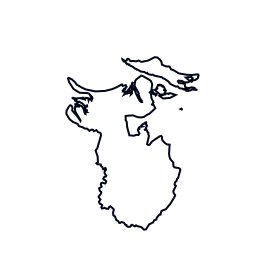 outline of Mong Cai, Vietnam, rotated 214°
{"feature_id": "81297802B69562638547328", "entity_name": "Mong Cai", "entity_type": "district", "adm_level": 2, "iso_a3": "VNM", "parent_name": "Vietnam", "parent_adm1": "", "projection": "natural_earth1", "projection_center": [107.918, 21.499], "detail": "fine", "context": "isolated", "style": "outline", "palette": "ink", "viewbox_px": 256, "rotation_deg": 214, "n_neighbors": 0, "source": "geoboundaries", "source_scale": "gbopen_adm2", "svg_char_len": 5998}
<svg xmlns="http://www.w3.org/2000/svg" viewBox="0 0 256 256"><g transform="rotate(214 128 128)"><path d="M84.2,137.5L86.2,136.3L89.1,136.2L92.5,137.0L93.9,138.1L94.6,139.5L95.9,140.0L97.0,139.0L99.7,132.4L100.6,129.9L100.7,126.2L101.7,125.2L103.2,125.3L106.2,133.1L107.9,134.4L108.3,135.4L109.4,135.5L112.0,137.1L113.4,135.2L112.6,137.7L113.1,138.2L113.5,137.6L113.2,138.9L113.6,140.5L114.8,141.2L115.3,140.9L116.3,141.4L115.9,143.7L118.4,138.1L118.2,137.0L116.9,137.3L117.7,136.4L118.4,136.4L119.3,134.4L118.9,133.6L117.2,133.9L118.8,133.2L119.0,132.3L118.0,131.2L115.4,129.8L115.4,128.1L117.2,127.0L118.9,124.8L122.8,122.7L129.3,128.4L132.4,132.3L134.4,133.3L136.7,136.7L131.1,141.2L126.1,142.4L123.1,144.0L120.9,146.2L119.5,149.8L118.3,151.6L116.6,158.4L116.5,159.8L120.3,161.7L120.9,161.2L121.3,160.0L121.2,163.6L125.2,165.8L129.2,170.4L130.3,168.9L129.2,171.4L132.4,177.8L135.2,179.7L137.3,179.9L144.9,179.3L146.3,178.8L148.3,173.0L148.3,171.0L146.2,166.7L138.5,162.7L138.2,162.0L135.0,159.5L131.6,158.2L130.8,157.4L131.4,156.9L132.8,156.9L134.9,157.8L140.3,160.8L144.7,164.0L144.6,163.0L145.3,162.8L146.6,164.2L146.3,161.9L144.0,159.1L144.3,157.7L145.0,159.6L146.3,160.8L146.7,159.2L145.7,157.5L147.2,158.6L147.7,156.3L148.3,155.8L148.5,157.6L149.8,155.6L149.5,154.5L149.9,153.6L150.2,156.7L152.2,155.6L153.2,155.9L153.2,158.5L152.4,159.6L152.2,161.4L153.9,162.3L155.9,159.9L157.5,160.7L160.3,155.2L162.9,151.3L167.8,145.9L175.5,140.1L184.5,136.4L188.6,135.7L194.7,135.3L197.8,136.4L201.8,136.9L205.0,136.5L205.5,135.6L202.5,133.1L195.0,129.9L187.9,130.1L181.6,134.0L179.8,134.7L175.4,133.8L175.0,133.5L175.8,133.2L174.1,132.6L173.5,130.3L173.8,130.3L174.2,131.3L175.5,131.3L175.3,130.9L176.9,130.4L176.9,129.8L176.2,129.2L176.1,128.8L177.6,130.3L178.2,130.4L179.9,129.3L179.5,127.7L182.0,128.2L182.9,127.4L181.6,126.9L184.7,125.8L186.5,124.4L186.6,123.7L190.4,122.4L191.3,121.4L189.4,122.1L187.5,121.3L187.9,122.4L187.3,122.6L185.0,121.2L184.4,121.5L184.2,120.6L183.3,122.5L179.2,122.8L175.6,121.8L174.7,123.9L173.9,124.2L174.7,123.3L174.8,122.6L174.3,122.5L175.5,121.3L172.8,119.2L171.3,120.2L172.0,119.2L173.4,119.0L172.6,118.0L171.5,118.0L172.5,117.4L171.1,115.9L171.6,115.8L173.1,117.1L172.7,116.7L173.0,116.7L175.6,119.1L178.6,120.2L183.7,119.4L185.0,118.2L183.8,117.3L181.2,118.7L179.7,118.6L181.3,118.1L183.7,116.1L182.8,114.3L180.7,112.0L171.6,107.8L171.4,107.3L176.8,109.4L184.1,111.3L185.3,113.8L187.0,114.8L188.1,114.8L188.6,114.6L189.0,112.6L188.6,107.9L187.0,105.2L182.0,102.9L180.3,102.5L176.8,102.3L171.9,103.2L169.8,102.1L165.8,103.3L163.8,103.3L161.5,104.6L158.3,104.1L157.5,106.0L156.7,106.7L155.9,106.9L154.6,106.2L153.0,108.6L150.6,107.8L148.7,108.4L147.6,108.2L146.3,106.9L142.1,94.1L142.3,91.2L137.2,87.4L133.8,82.8L134.5,81.1L133.2,80.8L130.2,82.5L129.0,81.4L127.3,81.2L125.6,79.9L124.8,80.3L124.6,82.1L123.8,82.1L122.9,81.0L123.1,79.2L122.3,77.5L119.3,76.3L119.3,75.2L120.3,74.4L120.2,72.2L119.5,71.7L117.7,72.0L116.3,71.7L115.8,70.2L116.0,69.1L118.7,68.3L119.4,67.2L118.9,65.9L117.0,64.6L118.3,61.9L116.2,60.1L114.5,60.0L113.9,59.3L113.7,58.1L114.0,54.8L113.4,54.1L110.9,53.4L110.8,50.5L109.2,49.5L107.5,49.8L106.1,49.5L105.8,47.3L104.5,46.7L102.8,48.7L100.8,49.0L99.3,49.8L99.4,52.2L98.9,53.2L94.9,52.8L94.0,52.2L93.1,49.5L91.3,47.4L89.2,47.4L86.2,45.1L83.8,45.3L82.4,44.4L81.4,44.9L80.9,46.5L78.1,47.2L76.3,46.3L75.1,46.7L74.3,45.9L72.7,46.1L71.2,47.2L70.8,48.3L71.0,49.5L70.6,50.0L67.7,50.2L67.2,50.4L66.9,51.8L65.4,51.8L61.6,53.3L57.8,52.7L56.4,54.1L56.6,59.9L54.4,63.8L54.7,66.1L53.3,68.0L54.0,69.5L53.5,74.0L52.6,74.4L53.7,77.2L53.7,78.3L51.2,81.8L50.5,88.9L51.0,98.1L51.3,98.6L53.7,99.6L55.1,100.9L56.0,106.9L57.5,107.0L58.0,107.5L58.6,109.2L58.2,111.5L58.9,113.1L58.5,114.6L61.2,122.6L62.0,123.2L63.6,123.1L67.6,121.3L69.1,121.9L71.1,124.6L75.5,125.9L77.5,127.3L79.5,129.5L84.2,137.5ZM164.9,180.8L164.4,180.4L163.5,181.0L162.7,180.8L162.3,181.3L161.8,180.9L157.9,181.4L155.4,181.1L154.2,181.6L153.4,181.3L152.5,181.8L149.2,181.9L145.7,183.6L143.6,183.6L142.9,184.5L142.1,184.0L140.5,184.3L138.5,185.0L137.5,186.0L135.6,186.1L128.3,189.0L127.0,188.7L125.5,189.2L120.8,189.2L117.4,188.2L111.4,189.1L109.9,190.4L107.6,189.7L105.0,191.0L103.7,191.0L103.4,191.9L100.4,193.3L99.2,193.1L97.2,194.0L96.6,195.6L91.8,198.3L94.9,197.6L95.2,198.4L96.1,198.2L98.2,197.2L99.4,195.4L102.3,193.9L104.0,194.3L105.4,196.2L107.7,195.5L110.9,193.8L112.8,194.6L112.7,195.5L109.7,197.1L106.8,197.4L104.0,199.2L103.3,200.2L103.6,201.2L104.6,201.8L108.3,202.2L104.2,205.7L102.4,205.6L102.1,205.2L102.6,202.4L101.9,201.7L101.0,202.1L100.8,204.1L99.2,205.2L97.9,208.4L98.6,209.7L98.7,210.8L99.6,211.6L100.6,211.2L104.5,207.8L108.8,205.1L116.4,201.7L122.6,201.4L125.0,200.7L127.9,202.2L131.0,200.3L135.3,199.5L137.3,201.6L139.6,202.5L142.9,202.9L145.4,201.7L149.0,195.2L153.4,190.7L154.6,190.1L156.8,190.0L158.4,187.9L161.2,186.5L162.8,185.1L163.7,184.8L165.6,185.6L166.7,185.4L167.2,184.9L166.9,183.3L167.3,182.6L169.8,181.5L168.9,180.7L167.2,181.4L165.6,180.6L164.9,180.8ZM117.0,176.1L116.6,176.0L119.8,172.2L115.4,172.1L114.7,172.6L109.9,176.6L106.9,182.1L111.9,180.7L112.9,180.2L113.4,178.9L114.1,178.9L117.0,176.8L117.6,180.0L120.1,179.2L118.2,180.3L120.9,182.0L122.4,182.4L122.7,180.7L122.8,182.2L124.4,182.2L125.5,181.8L125.1,180.2L125.6,181.2L126.3,181.3L127.2,180.4L126.4,177.1L125.0,177.1L126.6,176.6L126.5,175.3L127.2,174.6L119.9,173.6L117.0,176.1ZM149.1,163.6L148.1,163.4L148.2,165.3L149.6,168.9L149.7,167.5L148.9,164.9L149.1,164.2L149.5,164.7L149.1,163.6ZM101.8,192.0L101.8,191.5L100.6,191.4L99.2,192.2L100.4,192.9L101.8,192.0ZM148.8,162.6L149.2,158.9L148.7,158.5L148.3,159.8L148.8,162.6ZM123.6,172.3L124.3,171.6L124.3,170.9L123.3,170.4L123.0,171.4L123.6,172.3ZM127.4,171.8L126.9,170.2L126.0,170.3L125.9,171.3L126.5,171.1L127.4,171.8ZM153.0,156.6L152.7,155.8L152.0,156.9L152.1,158.3L153.0,156.6ZM94.6,173.9L95.0,173.2L93.8,173.4L93.9,173.8L94.6,173.9ZM171.2,181.9L170.9,181.5L170.6,181.5L170.7,181.9L171.2,181.9Z" fill="none" stroke="#020617" stroke-width="2"/></g></svg>